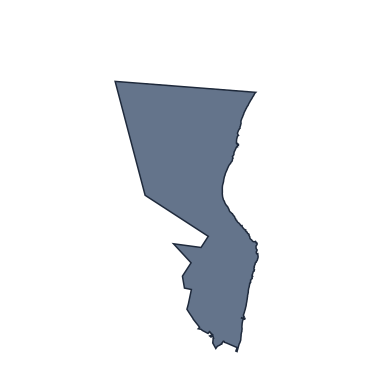 Playas de Rosarito, Baja California, Mexico (orthographic projection), rotated 213°
{"feature_id": "50627088B91471061308984", "entity_name": "Playas de Rosarito", "entity_type": "district", "adm_level": 2, "iso_a3": "MEX", "parent_name": "Mexico", "parent_adm1": "Baja California", "projection": "orthographic", "projection_center": [-116.976, 32.258], "detail": "fine", "context": "isolated", "style": "filled", "palette": "slate", "viewbox_px": 384, "rotation_deg": 213, "n_neighbors": 0, "source": "geoboundaries", "source_scale": "gbopen_adm2", "svg_char_len": 5474}
<svg xmlns="http://www.w3.org/2000/svg" viewBox="0 0 384 384"><g transform="rotate(213 192 192)"><path d="M316.7,242.9L229.5,163.7L154.2,163.7L154.2,150.4L179.3,138.5L154.2,132.1L154.2,116.2L146.0,107.3L139.4,109.9L134.1,96.2L132.4,90.9L127.8,88.8L122.6,86.6L122.1,86.3L121.7,86.0L115.2,83.8L112.0,82.7L112.3,80.7L109.4,81.8L108.4,81.6L108.2,81.5L101.5,82.1L101.3,84.0L101.4,84.4L100.7,84.4L100.1,84.3L99.8,84.2L99.9,83.9L99.7,83.9L99.3,83.8L97.9,83.7L97.2,83.6L98.8,80.9L97.3,80.8L97.1,80.7L96.0,82.3L96.0,82.6L94.2,81.1L94.5,80.7L94.2,80.5L94.1,80.3L94.1,80.0L92.7,77.3L92.5,77.2L92.4,76.7L86.8,73.7L86.7,76.4L85.1,79.1L85.0,79.8L84.4,80.4L84.6,80.6L84.4,80.8L84.5,80.9L84.4,81.8L84.6,81.8L84.5,83.3L84.5,83.9L83.6,84.2L82.9,83.6L82.2,83.8L80.6,84.2L69.4,86.1L68.6,82.5L67.3,82.7L67.7,83.8L67.9,84.6L68.7,87.1L69.6,90.0L69.7,90.5L69.8,91.8L70.5,94.4L71.3,95.8L72.7,98.5L73.1,99.0L73.9,101.0L74.1,101.4L74.2,102.1L74.8,103.1L75.0,103.6L75.3,104.2L75.6,104.7L76.2,105.5L76.5,105.7L77.2,107.0L77.7,107.9L78.5,109.4L79.0,110.7L79.4,111.5L79.7,113.3L79.7,113.6L79.4,113.7L79.0,113.7L78.7,113.8L78.5,114.2L78.5,114.4L78.5,114.5L78.7,114.8L79.3,115.2L78.8,114.5L78.7,114.4L78.7,114.2L78.8,114.1L79.1,113.9L80.4,113.6L81.8,113.2L81.9,113.6L79.1,114.3L79.5,114.4L80.3,114.7L80.4,115.0L80.5,115.2L80.3,115.4L80.2,115.5L79.7,115.3L80.5,115.9L81.2,116.0L81.3,116.1L81.5,116.8L81.4,116.9L81.2,117.0L81.6,116.9L81.5,116.3L81.7,116.8L81.9,116.9L82.1,117.6L82.1,118.1L82.4,118.8L82.5,119.5L82.9,120.5L83.1,121.3L83.7,123.4L83.9,123.6L84.5,125.6L85.2,127.3L85.4,127.5L85.6,128.0L86.3,129.8L87.0,131.3L87.4,132.3L88.2,133.9L88.4,134.5L88.9,135.2L89.3,136.2L89.6,137.2L89.9,137.7L90.0,138.2L90.4,139.0L90.9,139.6L91.5,141.1L91.7,141.3L91.9,141.9L92.3,143.3L92.6,144.1L92.9,144.7L93.2,145.6L93.7,146.3L93.7,146.7L93.5,146.8L93.5,147.0L93.8,147.4L93.9,147.6L93.7,148.0L93.6,148.3L93.7,148.5L94.1,148.7L94.5,149.2L94.5,149.3L94.4,149.4L94.4,149.6L94.5,149.8L94.7,150.1L94.9,150.2L94.8,150.5L94.8,150.8L94.8,151.2L94.7,151.4L94.6,151.5L94.5,151.8L94.5,152.1L94.4,152.2L94.5,152.4L94.9,152.5L95.0,152.6L95.1,152.8L95.2,153.2L95.1,153.3L95.1,153.6L95.1,154.0L95.1,154.3L95.3,154.4L95.5,154.5L95.5,154.4L95.7,154.5L95.9,154.3L96.1,154.6L96.0,154.8L96.1,155.0L96.3,155.1L96.3,155.5L96.5,155.7L96.5,155.9L96.5,156.0L96.8,157.1L97.3,158.8L97.2,159.3L97.1,159.2L96.9,159.3L97.0,159.5L97.0,160.0L97.4,160.4L97.4,160.5L97.3,160.8L97.8,161.0L98.1,161.1L98.5,161.6L98.5,162.0L98.8,162.5L98.7,162.7L99.4,163.5L99.3,164.1L99.5,164.4L99.6,164.7L99.7,165.2L99.7,165.5L99.7,165.8L100.2,166.6L100.3,166.8L100.1,167.5L99.9,168.0L100.0,168.5L100.3,168.8L100.1,169.3L100.1,170.4L100.4,171.3L100.7,171.8L100.7,172.6L101.5,174.0L102.9,175.6L103.1,176.0L103.3,176.2L103.5,176.0L103.3,175.6L103.8,175.4L104.5,175.6L105.5,176.7L105.5,177.2L105.4,177.5L105.7,178.0L105.7,178.8L106.2,179.1L106.7,179.1L107.7,179.8L108.9,181.6L108.8,183.3L109.2,183.9L109.5,184.5L109.9,184.6L110.1,184.2L110.3,184.2L110.5,184.2L111.0,184.8L111.6,185.1L111.8,185.2L112.0,184.8L112.3,184.5L112.9,184.2L113.6,183.7L115.1,183.9L115.8,184.3L117.3,184.4L118.0,184.6L119.4,186.1L120.6,186.6L120.8,187.2L121.3,187.6L121.8,187.7L122.1,187.6L122.3,187.5L122.8,187.6L123.4,187.8L123.6,188.1L124.5,188.4L124.7,188.6L124.8,188.6L125.0,188.3L125.4,188.4L125.9,188.6L126.1,188.9L126.7,189.2L126.6,189.4L126.9,189.4L127.5,189.1L129.2,189.6L129.5,189.6L131.0,190.2L131.4,190.6L131.5,190.9L131.9,191.1L132.6,190.4L133.1,190.5L133.8,190.9L134.3,191.1L135.8,191.5L136.7,191.5L137.4,191.6L138.6,192.1L139.1,192.6L139.8,192.5L140.3,192.6L140.6,193.0L140.8,193.3L141.7,193.5L142.9,194.5L143.7,194.7L144.1,194.9L145.0,195.1L146.3,195.8L146.7,195.7L147.3,195.8L147.5,195.9L147.9,195.9L148.7,196.1L149.2,196.1L149.7,196.2L150.4,196.6L151.5,197.5L153.7,198.8L154.6,199.3L155.0,199.2L155.7,199.4L157.9,200.4L159.4,201.4L159.7,201.8L160.9,202.3L161.7,202.8L162.7,203.8L163.3,204.2L164.5,205.6L165.9,207.4L166.3,208.2L168.7,211.8L169.5,213.2L170.0,214.2L171.1,217.6L171.6,218.7L171.7,218.8L172.3,220.2L172.9,221.8L173.2,222.5L173.4,223.8L173.6,224.3L174.1,225.7L174.5,228.2L174.8,230.1L175.0,230.9L175.5,234.3L175.5,235.8L175.2,236.7L175.3,237.5L175.5,238.0L175.2,239.1L175.2,239.9L175.5,240.7L176.0,241.7L176.0,242.3L176.0,242.6L176.5,242.7L176.7,243.4L177.2,243.7L177.5,243.9L177.3,244.7L177.2,245.1L177.2,245.6L177.2,246.1L177.8,247.0L178.6,249.0L178.5,249.7L178.7,250.8L178.8,251.4L179.1,253.3L178.8,253.7L179.0,253.9L179.2,254.2L179.0,254.8L178.7,254.9L178.8,255.0L179.2,256.1L179.1,256.4L178.7,256.5L178.8,256.6L179.0,256.6L179.1,256.9L179.0,257.1L178.9,257.1L179.0,257.3L179.4,257.3L179.6,256.9L179.7,257.0L179.9,256.8L180.3,256.8L180.2,257.1L180.3,257.2L180.4,256.9L180.7,256.8L181.0,256.9L181.4,257.2L181.8,257.9L183.1,260.2L183.5,261.1L183.6,261.7L184.0,262.6L184.1,262.9L184.1,263.9L184.2,264.2L184.2,264.4L183.9,264.8L184.5,265.0L185.9,266.0L186.1,266.7L186.3,267.9L186.5,268.5L186.6,269.3L186.5,270.1L186.7,270.4L186.7,270.8L186.6,271.1L186.4,271.5L186.5,271.7L187.1,272.6L187.3,273.0L187.3,273.5L187.5,274.3L187.9,274.8L187.9,275.3L188.0,275.8L188.2,276.2L188.9,277.1L189.7,278.4L190.0,279.9L190.2,280.4L190.3,281.1L190.4,282.1L190.9,284.2L191.1,285.7L191.5,286.6L191.6,287.6L191.9,290.5L192.1,291.3L192.0,291.7L192.1,292.3L192.2,292.8L192.2,293.5L192.3,294.4L192.1,294.9L192.5,297.0L192.5,297.9L192.7,300.7L192.7,303.1L192.9,304.9L192.8,306.2L193.1,308.8L192.8,310.3L260.5,273.5L316.7,242.9Z" fill="#64748b" stroke="#1e293b" stroke-width="1.5"/></g></svg>